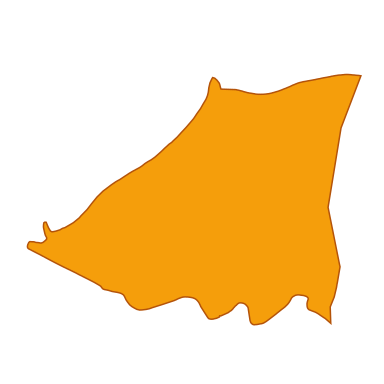 the district of Dennery Village, Dennery, Saint Lucia, rotated 184°
{"feature_id": "8701671B98909054283677", "entity_name": "Dennery Village", "entity_type": "district", "adm_level": 2, "iso_a3": "LCA", "parent_name": "Saint Lucia", "parent_adm1": "Dennery", "projection": "mercator", "projection_center": [-60.891, 13.911], "detail": "fine", "context": "isolated", "style": "filled", "palette": "amber", "viewbox_px": 384, "rotation_deg": 184, "n_neighbors": 0, "source": "geoboundaries", "source_scale": "gbopen_adm2", "svg_char_len": 5687}
<svg xmlns="http://www.w3.org/2000/svg" viewBox="0 0 384 384"><g transform="rotate(184 192 192)"><path d="M44.4,70.7L44.5,71.4L46.1,87.0L42.8,97.2L42.4,99.7L41.2,106.9L40.9,110.4L40.7,111.6L40.3,115.7L39.1,127.7L39.6,129.4L39.8,130.0L55.2,186.2L53.3,206.6L47.8,266.3L31.6,319.7L32.8,319.8L33.8,319.9L34.7,319.9L35.8,319.9L36.5,319.9L36.9,319.9L37.7,320.0L38.5,320.0L38.9,320.0L39.8,320.0L40.5,320.0L41.6,320.1L42.2,320.1L43.3,320.1L44.3,320.1L44.9,320.1L45.5,320.0L46.1,320.0L46.5,320.0L47.0,319.9L48.0,319.8L48.8,319.6L49.7,319.5L50.7,319.3L51.8,319.1L52.7,319.0L53.4,318.9L54.6,318.7L55.6,318.4L56.3,318.3L57.5,318.0L57.9,317.9L58.8,317.7L59.8,317.4L61.2,317.1L62.2,316.7L63.5,316.4L64.6,316.1L65.6,315.8L66.1,315.7L67.3,315.4L67.8,315.3L69.4,314.9L70.4,314.6L70.8,314.5L71.4,314.3L72.7,313.9L73.7,313.7L75.1,313.3L76.5,312.9L76.9,312.7L77.6,312.6L79.1,312.2L80.2,311.9L81.4,311.6L83.4,311.1L84.3,310.9L85.0,310.7L85.7,310.5L86.1,310.4L87.3,310.1L88.3,309.9L89.3,309.6L89.9,309.4L91.1,309.0L91.5,308.9L91.9,308.8L93.2,308.3L94.0,308.0L95.2,307.4L96.1,307.0L97.2,306.4L98.1,306.0L99.0,305.6L99.6,305.2L100.2,304.9L100.7,304.6L101.5,304.1L102.4,303.7L103.1,303.3L103.5,303.1L104.0,302.9L104.6,302.6L105.1,302.3L106.1,301.8L106.9,301.5L108.1,300.9L108.9,300.5L109.5,300.2L110.7,299.6L111.0,299.5L111.7,299.2L112.2,299.0L112.7,298.7L113.8,298.3L114.7,298.0L116.0,297.5L116.5,297.3L117.6,296.9L118.6,296.6L119.5,296.2L120.6,295.9L121.1,295.8L121.9,295.5L122.5,295.4L123.0,295.3L124.0,295.1L125.4,294.8L126.2,294.7L127.5,294.5L128.7,294.4L129.7,294.3L130.6,294.2L131.5,294.2L132.4,294.1L133.3,294.1L134.4,294.1L135.3,294.1L136.4,294.3L137.7,294.4L138.8,294.5L139.5,294.6L140.0,294.6L140.9,294.7L141.6,294.7L142.2,294.8L142.7,294.9L143.1,294.9L144.3,295.1L145.2,295.3L145.7,295.4L146.2,295.5L147.4,295.7L148.4,296.0L149.3,296.2L150.7,296.4L151.6,296.6L152.6,296.8L153.5,296.9L154.4,297.0L155.3,297.2L169.1,296.7L169.9,296.7L170.4,296.8L171.4,299.8L171.5,300.2L172.1,301.8L172.5,302.6L175.0,305.4L176.1,306.2L177.2,307.1L179.4,307.6L180.2,306.0L181.7,302.1L182.5,297.0L182.6,294.6L182.7,292.6L183.3,289.2L184.5,285.5L187.1,280.4L189.3,275.8L192.7,270.3L194.7,266.7L195.8,264.9L202.4,256.0L206.8,250.6L210.7,245.6L214.1,242.0L215.8,240.0L218.0,238.3L222.5,233.6L225.6,230.1L229.4,226.2L231.4,224.2L234.9,221.3L238.1,219.2L240.8,217.2L243.6,214.6L245.9,212.8L253.0,208.3L256.0,206.2L259.8,203.3L265.0,199.3L266.8,198.2L269.0,196.7L273.0,193.5L280.8,186.7L286.3,180.5L291.3,173.4L295.4,167.2L301.1,160.5L302.6,158.4L308.1,153.2L311.1,151.1L316.3,147.6L318.7,146.7L321.0,145.1L325.0,143.5L327.1,142.9L328.8,142.5L329.7,142.8L330.5,143.2L332.4,145.9L333.7,148.3L335.0,150.9L335.3,151.6L336.6,151.7L337.6,151.0L337.8,149.5L337.8,147.4L337.6,145.9L336.0,140.6L335.2,138.5L334.3,137.1L333.9,136.6L333.7,134.9L334.7,133.6L337.0,131.4L339.0,130.5L341.8,130.8L344.2,130.8L346.2,131.3L348.6,131.2L350.3,131.2L351.3,130.3L352.2,127.9L352.4,126.3L352.1,124.9L351.4,124.2L351.0,123.9L343.1,120.5L339.5,119.0L336.2,117.5L329.7,114.6L327.9,113.8L323.1,111.7L314.3,108.0L302.3,103.2L299.2,101.8L291.3,98.5L283.3,95.1L278.0,92.5L276.4,91.6L275.3,90.2L274.6,89.6L274.1,89.1L273.6,88.9L272.6,88.6L270.8,88.4L269.4,88.2L268.7,88.1L266.4,87.6L264.8,87.2L260.8,86.8L260.4,86.8L257.2,86.3L255.2,85.7L254.3,85.2L253.4,84.7L252.7,84.0L251.8,82.6L251.4,81.9L250.7,80.6L250.1,79.6L248.6,77.7L246.4,75.2L244.0,73.5L241.6,72.3L238.9,71.1L236.0,70.6L233.5,70.9L231.5,71.3L229.4,71.7L228.8,71.9L226.6,72.5L224.3,73.5L223.7,73.8L220.1,75.2L219.4,75.5L215.0,77.2L202.3,82.4L201.7,82.7L201.0,83.1L200.1,83.5L199.4,84.0L198.7,84.4L198.3,84.6L197.9,84.8L197.1,85.2L196.1,85.6L195.3,86.0L194.4,86.3L193.9,86.5L193.5,86.6L192.5,86.7L191.7,86.9L190.9,86.9L189.9,86.9L189.1,87.0L187.9,86.9L187.4,86.9L186.4,86.8L186.0,86.8L185.2,86.7L184.5,86.6L183.8,86.5L182.8,86.2L182.0,85.9L181.7,85.8L181.2,85.6L180.8,85.3L180.4,85.1L179.4,84.3L179.0,83.9L178.3,83.2L177.7,82.5L177.1,81.7L176.6,80.8L176.2,80.1L175.7,79.3L175.4,78.5L171.2,72.8L167.7,68.1L166.6,66.9L165.9,66.7L165.1,66.5L163.3,66.5L161.7,66.8L161.0,67.1L160.2,67.3L158.6,67.8L157.7,68.3L156.7,68.8L155.9,69.3L155.8,70.4L155.0,70.4L154.6,70.4L149.5,73.1L147.3,74.3L146.7,74.9L146.3,75.2L145.8,75.7L145.3,76.0L144.7,76.4L144.3,76.8L143.7,77.5L143.3,77.9L142.6,79.0L142.1,79.7L141.7,80.1L141.0,81.1L140.6,81.5L139.9,82.1L139.1,83.1L138.6,83.6L137.9,84.2L136.9,84.7L136.2,84.8L135.7,84.8L135.3,84.8L134.6,84.8L133.7,84.7L132.8,84.5L131.9,84.2L130.8,83.6L130.4,83.2L129.7,82.6L129.1,82.0L128.5,81.3L128.0,80.6L125.1,67.7L124.8,67.1L124.4,66.1L123.6,65.1L123.2,64.8L122.0,64.1L121.5,64.0L120.8,63.9L120.1,64.0L119.6,64.1L119.0,64.2L118.1,64.3L116.5,64.7L114.9,65.2L114.3,65.3L113.3,65.5L111.8,66.1L111.1,66.5L110.4,67.0L109.1,67.9L106.5,70.1L99.5,76.3L98.9,76.9L98.3,77.5L97.6,78.1L97.2,78.5L96.6,79.0L96.0,79.6L95.6,80.0L94.9,80.6L93.9,81.5L93.2,82.1L92.3,82.9L91.9,83.3L91.1,84.0L90.6,84.6L90.0,85.3L89.7,85.6L89.2,86.2L88.6,86.9L88.1,87.7L87.6,88.4L87.3,89.0L87.1,89.3L86.6,90.3L86.1,91.3L85.9,91.8L85.7,92.3L85.4,93.0L84.9,93.7L84.3,94.4L83.6,94.9L82.8,95.4L82.1,95.9L81.3,96.3L80.4,96.5L79.6,96.7L78.7,96.8L78.2,96.8L77.5,96.8L76.9,96.7L76.1,96.7L75.2,96.6L74.7,96.6L74.3,96.6L73.3,96.5L72.1,96.2L71.0,95.9L70.6,95.8L70.0,95.4L69.5,95.1L69.0,94.6L68.7,94.0L68.6,93.1L68.9,92.2L69.1,91.3L69.3,90.4L69.4,89.6L69.5,88.4L69.4,87.9L69.3,86.8L69.2,86.1L69.0,85.3L68.7,84.5L68.2,83.7L67.3,82.9L66.8,82.6L66.0,82.4L65.1,82.1L64.2,81.8L63.4,81.6L62.5,81.3L61.4,81.0L60.8,80.8L60.4,80.6L60.0,80.5L59.2,80.1L58.4,79.7L57.5,79.3L56.7,78.8L55.9,78.3L55.1,77.8L54.3,77.4L53.5,76.9L52.5,76.3L51.6,75.8L51.2,75.6L50.4,75.2L44.4,70.7Z" fill="#f59e0b" stroke="#b45309" stroke-width="1.5"/></g></svg>